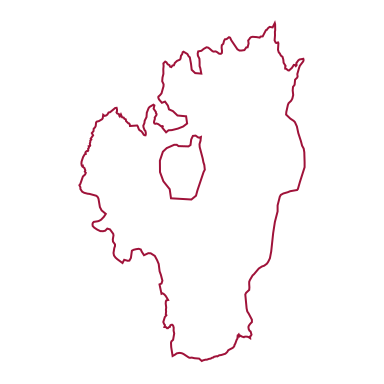 Oïcha, Nord-Kivu, Democratic Republic of the Congo (Equal Earth projection)
{"feature_id": "63176286B86170870415972", "entity_name": "Oïcha", "entity_type": "district", "adm_level": 2, "iso_a3": "COD", "parent_name": "Democratic Republic of the Congo", "parent_adm1": "Nord-Kivu", "projection": "equal_earth", "projection_center": [29.505, 0.401], "detail": "fine", "context": "isolated", "style": "outline", "palette": "rose", "viewbox_px": 384, "rotation_deg": 0, "n_neighbors": 0, "source": "geoboundaries", "source_scale": "gbopen_adm2", "svg_char_len": 5935}
<svg xmlns="http://www.w3.org/2000/svg" viewBox="0 0 384 384"><path d="M161.5,293.8L162.6,293.3L164.3,294.4L165.8,296.1L168.1,300.0L166.4,300.4L165.9,301.2L165.7,303.5L166.2,307.5L165.9,309.9L166.1,311.3L165.8,314.4L166.4,315.2L164.8,317.1L163.3,322.0L164.1,324.0L164.9,325.0L164.9,325.7L164.4,327.0L166.2,327.2L167.0,328.2L167.9,328.2L168.8,327.2L169.8,327.0L170.3,325.4L171.3,324.8L172.4,324.8L173.2,325.9L173.7,327.6L173.6,330.6L174.2,333.5L173.1,339.8L171.4,341.4L171.0,342.8L171.2,347.1L172.6,356.0L175.1,354.6L176.7,353.4L179.2,352.9L180.6,353.0L182.0,353.3L183.5,354.0L188.8,357.5L189.9,357.8L191.8,357.6L194.4,358.2L199.1,358.6L201.8,361.0L202.9,360.4L205.4,359.7L206.8,359.7L208.9,358.9L210.7,358.6L212.0,357.8L213.3,357.5L214.0,356.8L216.7,356.2L217.4,356.4L219.2,355.3L221.3,355.0L225.4,353.7L227.0,352.2L227.5,351.6L228.1,350.4L229.2,349.7L232.5,348.0L233.4,347.3L234.1,346.3L234.4,345.8L234.5,344.9L235.2,343.8L236.7,339.7L237.5,338.5L237.5,337.5L238.0,336.8L239.1,336.7L239.5,336.4L239.4,336.2L238.4,336.3L237.6,336.0L237.7,335.4L238.1,335.2L238.7,334.5L238.9,335.1L239.2,335.1L239.6,335.6L239.9,335.4L242.0,336.6L243.9,337.2L244.3,336.8L245.8,336.6L247.3,336.7L248.7,337.2L250.2,338.2L250.2,337.9L249.2,337.0L250.7,336.0L251.5,334.7L250.6,331.5L249.5,330.7L248.7,329.1L248.4,327.0L248.9,325.6L250.3,323.7L251.9,322.1L251.9,319.7L248.7,313.6L247.3,311.5L246.6,308.3L245.3,294.5L246.1,292.8L249.2,289.9L249.4,287.5L249.2,284.1L249.2,281.8L249.9,280.0L252.6,275.4L253.9,274.3L258.8,268.5L261.9,266.5L264.2,265.7L266.9,263.7L268.2,261.8L269.9,258.3L271.2,251.5L273.2,232.9L274.9,221.9L277.6,211.4L277.6,205.4L279.8,196.7L280.8,194.9L283.3,193.5L287.8,192.2L290.2,191.2L297.1,190.0L297.9,189.0L299.9,182.0L304.6,167.2L304.6,162.3L304.3,152.3L303.7,148.6L302.1,145.7L300.9,141.1L298.3,133.1L296.9,126.5L294.9,122.1L293.6,120.8L290.3,118.6L286.1,114.6L286.3,112.0L287.9,104.9L288.6,103.2L291.1,100.8L292.3,98.7L293.2,95.0L292.7,90.4L293.0,86.9L294.6,84.8L295.1,79.7L297.2,77.6L297.6,76.4L297.3,74.1L299.1,67.8L299.9,65.7L303.2,61.4L303.6,60.0L303.3,58.8L299.5,59.5L298.3,60.4L296.3,63.2L296.6,65.1L295.8,66.1L294.9,65.0L293.8,64.9L291.9,67.9L289.0,70.5L288.2,70.4L286.0,68.7L285.2,68.6L285.2,66.8L285.6,66.0L283.6,62.7L283.3,59.6L282.5,56.8L280.9,55.6L279.7,53.3L278.8,52.5L278.0,49.8L278.4,43.2L278.0,42.4L276.5,43.0L275.7,42.7L274.6,40.4L275.0,35.4L274.9,31.8L275.2,30.2L275.1,24.2L274.8,23.0L272.6,27.4L269.6,26.9L267.8,28.4L266.9,29.8L265.9,30.2L262.7,36.4L260.5,36.6L259.7,37.6L256.6,37.1L252.6,36.8L251.0,37.2L250.0,38.0L249.4,39.0L248.2,40.5L248.6,43.5L247.6,47.3L246.3,47.4L244.4,50.1L241.6,50.5L239.4,50.5L237.4,49.3L231.3,40.3L230.1,37.7L229.0,37.2L226.6,39.1L224.9,39.3L224.0,41.0L223.3,43.8L221.8,45.2L221.6,47.7L222.0,50.7L221.9,52.9L220.9,53.8L219.9,53.8L218.8,53.5L217.4,52.3L215.7,51.4L213.6,51.6L212.5,51.2L209.4,48.5L208.1,47.6L206.5,47.3L203.7,48.9L201.4,50.8L198.2,51.4L197.7,53.5L197.9,55.7L199.4,58.7L199.6,62.2L199.6,66.1L200.3,68.2L201.3,73.6L195.2,73.1L191.7,69.8L191.0,63.8L189.8,57.3L188.7,56.4L187.4,54.0L183.5,51.7L182.7,52.2L182.1,54.3L181.0,55.7L180.5,58.7L179.8,59.7L177.0,60.9L174.8,63.0L173.9,65.3L172.5,65.5L171.3,67.1L170.0,66.6L169.4,65.1L167.7,64.3L166.4,62.3L165.2,61.6L163.4,63.4L163.6,66.1L163.3,69.0L163.4,73.9L162.5,77.5L162.2,81.2L163.6,84.3L163.5,86.3L161.5,93.4L159.9,95.3L158.4,96.6L158.3,97.7L159.0,99.4L161.9,102.8L165.0,101.6L167.9,105.6L169.0,109.4L172.9,111.1L177.5,115.5L186.1,116.3L187.1,123.5L183.2,126.5L177.9,128.6L171.9,130.1L168.5,130.3L166.1,132.3L162.4,127.8L162.2,127.3L162.8,126.5L162.6,126.1L161.0,126.2L158.4,124.2L156.5,123.5L155.3,123.8L154.5,123.5L154.0,122.6L154.1,121.3L154.9,118.8L154.7,117.6L156.4,115.1L156.6,114.1L155.9,113.0L155.9,112.0L153.6,108.7L154.4,105.4L153.4,104.7L149.6,106.9L148.6,108.1L146.8,112.7L146.5,117.1L144.7,120.7L144.4,123.1L143.3,125.7L143.5,127.3L144.5,130.0L145.4,131.0L145.8,132.9L145.8,134.3L145.5,135.3L144.5,135.2L143.7,134.7L142.3,132.4L141.2,131.2L139.4,130.1L138.6,128.7L137.8,126.4L137.1,125.5L130.0,126.0L129.8,124.6L129.2,123.5L128.3,123.3L126.0,121.0L125.8,119.4L124.4,118.8L123.7,117.6L122.1,117.3L120.9,114.4L119.8,116.5L119.4,116.0L118.9,114.1L117.1,113.4L116.5,112.3L117.0,111.2L117.0,109.5L116.6,107.8L115.2,108.0L110.1,112.2L108.6,112.5L107.4,114.5L106.3,115.4L104.6,115.9L103.2,114.8L102.7,118.3L102.1,119.2L98.9,121.1L96.8,121.6L96.1,122.4L95.7,126.0L95.0,127.4L93.7,128.7L93.5,131.1L91.8,133.1L93.1,135.3L90.7,138.7L91.3,139.6L90.3,140.6L90.3,142.0L89.8,143.6L90.2,145.6L89.8,146.1L88.7,146.2L88.9,147.8L88.1,148.8L88.3,150.2L87.8,151.1L86.9,151.0L85.8,151.8L85.4,152.6L85.8,153.9L84.7,154.3L83.1,157.0L81.6,161.5L81.4,163.4L81.7,165.4L82.0,165.8L82.8,165.6L82.9,166.2L82.6,166.7L84.4,168.0L85.3,170.4L84.8,171.6L85.8,172.8L85.1,174.5L82.9,176.5L80.3,184.0L79.4,185.2L80.4,187.3L80.4,189.0L82.2,191.7L84.2,192.8L87.6,193.7L89.5,193.9L96.1,195.7L97.3,196.6L97.9,197.4L98.5,198.8L99.9,207.1L101.6,210.4L105.8,213.9L103.9,216.8L101.1,219.7L99.4,220.7L98.1,221.2L93.8,221.9L92.9,222.8L92.5,224.1L92.7,226.0L94.2,227.6L97.2,229.6L100.3,231.1L103.1,231.2L105.2,230.7L107.3,228.6L110.0,229.4L113.2,233.8L113.5,235.4L112.8,239.4L113.0,241.6L115.0,244.4L115.0,246.1L114.3,248.0L113.5,253.0L114.0,255.5L115.5,257.6L117.3,259.2L122.5,263.0L124.2,259.8L127.8,260.8L129.4,260.6L130.9,257.9L131.9,250.7L133.6,249.8L136.0,249.2L138.7,248.8L140.8,249.5L141.7,251.6L144.0,255.2L148.3,253.2L150.7,253.3L154.8,255.9L157.1,260.2L158.7,264.0L159.6,271.3L160.9,274.9L162.4,280.7L161.5,283.5L159.5,284.4L161.5,293.8ZM166.7,148.1L174.2,144.8L176.8,144.8L178.5,146.1L188.5,146.4L190.5,145.0L191.2,139.5L192.9,135.9L195.6,135.6L198.1,137.4L199.3,137.7L200.9,137.0L200.5,140.8L199.5,144.2L199.7,147.1L202.7,158.5L203.4,162.2L204.3,165.0L204.8,169.7L203.6,172.0L197.4,190.5L196.0,195.7L191.4,199.5L171.0,198.3L169.7,189.2L163.4,181.3L160.0,172.1L159.9,160.6L162.9,151.7L166.7,148.1Z" fill="none" stroke="#9f1239" stroke-width="2"/></svg>